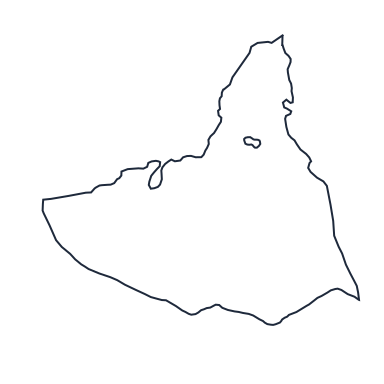 outline of Åre, Jämtland, Sweden, rotated 262°
{"feature_id": "70781695B29171482831525", "entity_name": "Åre", "entity_type": "district", "adm_level": 2, "iso_a3": "SWE", "parent_name": "Sweden", "parent_adm1": "Jämtland", "projection": "albers", "projection_center": [13.184, 63.496], "detail": "fine", "context": "isolated", "style": "outline", "palette": "slate", "viewbox_px": 384, "rotation_deg": 262, "n_neighbors": 0, "source": "geoboundaries", "source_scale": "gbopen_adm2", "svg_char_len": 2836}
<svg xmlns="http://www.w3.org/2000/svg" viewBox="0 0 384 384"><g transform="rotate(262 192 192)"><path d="M244.5,218.0L241.3,215.5L237.2,215.3L233.5,213.0L231.2,211.0L227.4,208.8L225.2,206.1L225.9,200.5L227.9,196.0L228.3,192.0L227.6,188.0L224.8,184.8L224.8,179.3L227.0,176.0L225.5,172.8L223.5,169.3L220.5,166.1L217.5,164.6L214.5,164.4L208.8,163.9L203.8,161.4L201.8,158.9L201.0,155.2L201.0,151.7L205.0,150.2L208.2,151.2L213.7,153.9L216.7,157.1L219.7,160.6L222.0,163.6L226.0,164.6L227.0,163.1L227.9,160.6L227.9,156.3L226.9,152.8L223.2,151.1L221.9,147.1L222.9,142.2L223.6,131.5L222.1,125.0L218.1,124.3L215.8,121.9L215.1,119.6L211.6,116.2L210.6,112.5L210.9,109.2L211.3,103.6L211.3,101.3L209.8,97.4L209.1,96.1L205.6,92.0L206.1,86.8L205.3,69.3L204.8,51.4L205.1,43.6L201.1,42.7L194.4,41.5L191.5,42.2L178.8,46.3L163.2,50.7L155.7,55.4L147.6,62.8L141.6,66.9L135.8,72.2L133.2,75.4L130.1,78.9L124.2,88.9L119.0,99.3L115.1,105.7L109.5,112.7L102.9,122.7L97.5,131.1L93.7,136.6L91.5,141.7L89.2,147.1L88.4,151.2L81.3,160.2L76.0,165.9L74.2,168.7L71.8,171.8L70.6,174.2L70.6,178.5L71.8,181.5L73.7,184.6L74.2,187.5L75.0,190.4L75.0,194.0L76.5,198.0L77.1,199.8L76.3,203.2L73.1,205.9L70.2,211.1L67.8,217.6L66.7,221.6L65.1,225.7L63.4,231.2L61.2,235.4L56.6,241.0L54.3,244.4L52.5,245.9L50.7,248.2L49.6,251.7L49.1,253.9L49.4,256.4L50.5,260.9L51.8,262.4L53.2,263.5L54.6,266.3L55.3,268.9L56.8,270.9L58.6,278.7L63.4,289.8L64.3,292.2L67.4,297.6L69.7,301.5L71.0,305.8L73.6,312.2L75.3,315.8L76.0,320.4L76.0,322.8L74.2,326.3L69.2,332.0L65.7,338.3L62.0,342.2L61.9,342.4L69.5,342.5L76.1,342.1L81.5,340.2L89.0,337.5L98.7,334.3L110.2,332.1L117.4,329.6L128.9,326.7L143.7,327.8L160.0,327.4L179.3,326.4L184.2,323.6L188.8,317.8L195.4,312.2L199.7,310.4L204.3,312.4L205.8,314.2L209.9,312.9L213.7,310.4L219.0,305.3L224.6,302.5L228.9,300.7L231.9,297.8L235.5,295.5L236.2,295.4L243.3,294.5L251.5,294.4L254.3,295.7L255.6,300.2L258.1,301.5L261.4,297.6L262.9,295.1L267.9,294.5L270.3,298.3L266.5,301.9L266.8,304.2L271.6,305.1L278.0,304.6L281.0,305.3L285.6,305.2L289.4,303.9L297.0,303.6L300.3,303.8L303.9,306.0L307.0,307.7L310.0,308.2L313.3,306.6L316.6,303.8L321.4,302.7L325.2,302.1L325.2,301.8L325.5,301.9L334.2,303.4L334.9,304.3L328.6,291.6L330.1,288.2L330.5,277.7L327.6,270.9L326.9,270.6L321.7,268.3L299.9,248.0L293.2,244.5L289.1,237.8L289.2,237.4L288.7,236.9L286.2,235.4L282.7,234.7L280.9,232.7L278.1,231.7L274.1,231.3L270.3,231.3L268.8,229.1L264.2,229.1L261.5,231.4L257.5,230.4L254.4,227.7L251.1,225.2L247.3,222.0L245.8,219.8L244.5,218.0ZM228.5,264.9L226.9,262.5L227.1,260.6L228.0,259.7L230.1,258.4L230.8,257.3L230.8,255.3L231.3,253.3L232.4,251.6L235.8,250.9L237.2,251.0L238.3,252.5L238.5,254.9L238.2,257.3L236.6,259.1L235.6,260.1L235.1,261.3L234.9,262.9L234.5,264.6L233.6,266.0L232.3,266.3L230.1,266.3L229.6,265.8L228.5,264.9Z" fill="none" stroke="#1e293b" stroke-width="2"/></g></svg>